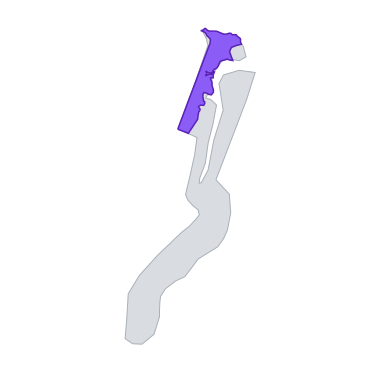 where West Coast sits in Gambia, rotated 110°
{"feature_id": "GMB-5512", "entity_name": "West Coast", "entity_type": "Division", "adm_level": 1, "iso_a3": "GMB", "parent_name": "Gambia", "parent_adm1": "", "projection": "robinson", "projection_center": [-16.401, 13.235], "detail": "fine", "context": "in_parent", "style": "filled", "palette": "violet", "viewbox_px": 384, "rotation_deg": 110, "n_neighbors": 0, "source": "natural_earth", "source_scale": "10m", "svg_char_len": 2340}
<svg xmlns="http://www.w3.org/2000/svg" viewBox="0 0 384 384"><g transform="rotate(110 192 192)"><path d="M58.1,173.5L85.6,172.3L118.9,172.8L155.2,173.4L172.3,173.7L181.3,156.2L198.3,148.5L215.8,145.7L224.9,146.4L234.5,149.0L253.0,163.4L264.4,166.7L274.1,169.9L281.1,176.9L292.1,183.9L300.8,185.8L305.9,184.7L314.5,182.0L320.2,179.9L338.6,179.0L352.1,187.0L354.9,195.8L352.7,204.7L334.6,209.6L309.4,217.1L288.6,213.0L263.2,202.7L248.4,195.3L242.3,192.4L233.0,187.7L224.9,182.7L217.1,179.4L211.2,177.3L206.8,180.0L204.6,186.2L201.1,193.1L196.6,197.2L175.3,199.7L156.3,202.2L146.1,204.4L139.2,206.0L137.1,226.9L115.5,226.7L94.3,226.4L72.3,226.8L48.7,227.2L42.6,231.4L36.2,238.3L35.6,227.9L29.6,204.0L37.7,193.6L46.5,187.4L52.4,192.4L54.2,202.1L58.7,208.7L74.2,212.9L89.6,209.9L99.0,211.3L98.7,205.9L101.9,198.7L120.6,195.6L140.3,193.6L160.6,189.3L176.5,189.5L181.2,188.3L180.1,186.4L165.8,184.4L135.4,189.3L104.4,190.7L80.9,203.7L71.3,202.5L61.6,189.5L58.1,173.5Z" fill="#d9dde1" stroke="#a8b0b8" stroke-width="1"/><path d="M138.2,215.5L138.1,217.4L137.9,226.2L137.2,226.8L133.1,226.8L130.2,226.8L123.3,226.7L109.1,226.6L85.1,226.3L68.6,226.2L50.7,226.0L46.0,225.9L42.2,226.9L40.6,229.9L40.3,231.1L38.5,233.0L37.9,234.0L37.5,235.4L37.3,238.2L35.6,236.6L34.0,236.0L33.7,235.1L34.2,234.1L34.9,232.3L34.7,230.4L32.6,224.3L32.5,222.8L32.8,217.1L32.6,215.4L32.0,213.8L30.1,211.4L29.6,209.8L30.5,207.8L30.1,207.2L29.1,204.3L30.0,203.0L31.2,199.2L32.3,198.4L33.7,198.1L35.1,197.2L36.3,196.1L39.2,200.5L42.7,204.4L47.1,204.8L51.9,200.9L54.5,198.6L55.2,202.3L55.0,204.3L59.0,209.6L59.9,210.3L65.4,210.6L66.9,211.1L68.3,212.1L69.2,213.0L70.3,213.6L72.5,213.8L73.6,214.6L74.2,216.5L74.2,218.8L73.6,220.5L75.7,218.5L76.7,218.4L78.1,219.6L77.5,218.4L75.5,216.1L75.1,215.8L74.8,214.2L74.0,213.2L72.9,212.7L71.4,212.9L71.4,212.0L74.6,212.1L76.0,211.8L77.4,211.1L78.4,213.6L79.7,213.0L81.2,211.3L82.9,210.3L84.9,209.7L88.9,206.7L91.1,206.0L94.1,207.1L94.6,209.5L94.1,212.4L94.4,214.6L96.3,215.2L99.0,214.3L102.7,212.0L102.7,211.1L104.2,210.3L106.3,210.5L106.7,211.0L106.9,211.7L107.0,212.5L107.4,213.4L108.5,214.5L109.3,214.9L110.0,214.9L110.3,214.4L111.1,213.0L112.2,212.5L113.0,212.6L114.0,213.0L114.7,213.0L115.5,212.9L116.3,212.7L118.5,212.4L121.4,211.6L122.3,211.7L138.1,215.5L138.2,215.5Z" fill="#8b5cf6" stroke="#5b21b6" stroke-width="1.5"/></g></svg>